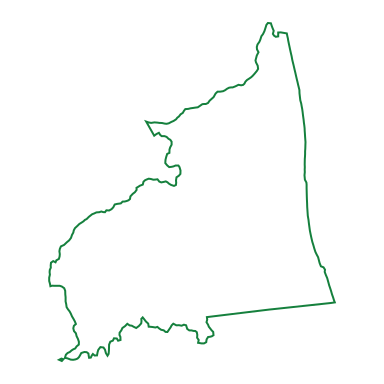 outline of Canavieiras, Bahia, Brazil
{"feature_id": "56859067B52664621948498", "entity_name": "Canavieiras", "entity_type": "district", "adm_level": 2, "iso_a3": "BRA", "parent_name": "Brazil", "parent_adm1": "Bahia", "projection": "natural_earth1", "projection_center": [-39.146, -15.611], "detail": "fine", "context": "isolated", "style": "outline", "palette": "green", "viewbox_px": 384, "rotation_deg": 0, "n_neighbors": 0, "source": "geoboundaries", "source_scale": "gbopen_adm2", "svg_char_len": 5009}
<svg xmlns="http://www.w3.org/2000/svg" viewBox="0 0 384 384"><path d="M334.8,302.4L334.0,300.3L333.1,297.4L332.0,294.3L331.1,291.1L330.1,288.0L329.2,285.4L328.5,282.8L327.8,280.3L327.2,278.1L325.9,275.1L324.7,271.9L325.0,269.7L323.5,267.3L320.9,266.3L319.6,263.0L318.1,257.2L316.7,254.6L315.4,251.9L314.3,248.5L313.4,245.3L312.3,241.8L311.3,237.5L310.6,234.2L309.9,230.7L309.2,225.6L308.8,222.6L308.5,219.9L307.8,215.8L307.5,211.3L307.2,206.9L307.1,203.5L306.9,199.1L306.8,196.2L306.7,192.1L306.6,188.2L306.6,184.7L306.4,182.5L304.9,179.7L304.5,175.2L304.8,172.1L304.7,169.5L304.8,167.2L304.7,164.4L304.8,159.0L305.0,156.4L305.1,154.0L305.1,151.4L305.3,148.4L305.4,144.8L305.5,142.0L305.3,139.6L305.1,136.9L304.9,133.5L304.7,130.8L304.6,128.2L304.3,125.5L303.9,122.6L303.6,119.7L303.3,117.5L303.0,115.3L302.6,111.9L302.2,109.0L301.7,106.4L301.2,103.5L300.3,100.3L299.5,93.3L299.4,90.0L298.7,87.1L298.1,84.7L297.5,82.0L296.9,79.6L296.2,76.6L295.3,72.6L294.6,69.7L294.1,67.5L293.5,64.9L292.8,62.1L292.3,60.0L291.6,56.2L290.9,53.2L290.1,49.6L289.5,46.7L288.9,43.9L288.2,40.5L287.9,38.5L287.4,36.4L286.8,33.4L280.8,32.4L278.2,32.5L278.2,36.4L275.8,36.8L274.0,35.6L272.9,33.9L273.7,30.8L272.6,28.2L271.7,25.8L270.9,23.3L267.9,23.0L266.4,24.9L265.8,26.9L264.4,31.2L263.0,34.1L261.4,36.2L260.3,39.7L259.4,41.8L257.5,44.5L256.8,47.0L257.0,49.4L258.5,52.2L256.8,55.5L256.2,57.8L255.5,60.4L256.0,62.4L257.7,65.7L258.1,68.9L256.9,70.9L254.5,73.8L252.7,75.8L251.2,77.2L248.9,78.8L247.0,80.0L245.4,81.7L244.4,83.7L243.1,84.9L241.1,85.3L238.5,84.8L235.5,86.3L232.7,87.4L231.0,87.4L229.1,87.7L227.0,88.8L225.1,90.2L223.1,91.2L219.9,91.7L217.5,91.7L215.6,93.5L213.6,97.1L211.7,98.8L209.6,100.7L208.0,103.0L205.8,104.0L204.0,104.0L202.3,104.2L200.3,105.6L197.8,107.3L195.4,107.6L192.8,108.0L190.6,108.3L188.2,108.9L185.3,109.1L183.9,110.9L182.8,112.9L180.6,114.3L178.9,116.5L177.3,117.7L176.1,119.3L173.5,121.0L171.4,121.9L168.8,123.3L166.6,123.8L164.7,123.6L162.0,123.0L159.4,122.9L157.3,122.6L154.4,122.4L151.1,122.9L148.5,122.4L146.2,121.6L154.2,135.7L156.5,134.0L158.9,132.8L160.2,134.9L161.6,136.1L164.4,136.1L166.6,136.9L168.5,138.8L170.3,139.8L171.6,141.7L171.6,144.7L170.2,147.3L169.5,149.5L169.4,152.9L167.2,153.9L166.2,157.0L165.5,159.8L165.3,163.1L167.2,165.4L169.2,167.1L171.7,166.8L173.5,166.4L175.6,165.5L178.4,165.5L179.5,167.1L180.5,170.5L180.4,173.9L178.9,175.7L176.5,177.3L176.0,180.5L176.2,182.8L175.9,185.0L174.0,185.9L171.0,184.9L168.9,183.6L167.5,182.3L165.8,181.4L163.8,181.9L161.3,182.4L159.3,181.6L157.5,179.3L155.1,179.6L153.3,179.7L150.9,179.0L148.7,178.7L146.9,179.4L145.1,180.2L143.5,181.7L142.8,184.6L139.9,185.7L138.4,186.7L136.5,187.8L136.6,189.9L134.9,192.2L132.7,193.9L130.4,196.4L130.0,199.0L128.5,200.3L126.7,201.0L124.8,201.5L122.6,201.6L120.8,203.4L117.1,203.9L114.7,204.5L113.3,207.3L111.5,209.2L109.1,210.5L106.4,210.3L105.0,212.2L103.2,212.1L101.3,211.5L99.3,212.2L96.4,212.4L94.1,213.5L92.2,214.2L88.9,216.8L86.6,219.1L84.9,219.9L83.5,221.3L81.7,222.5L79.3,224.0L77.5,225.8L75.0,228.1L73.8,230.3L73.3,232.6L72.0,234.9L71.0,237.9L69.1,240.4L66.8,242.3L64.1,244.9L60.9,246.4L59.8,249.0L59.4,251.3L59.8,254.1L59.6,256.4L58.9,258.9L56.4,260.3L55.5,262.3L53.2,261.1L51.0,262.7L50.7,265.4L50.8,267.7L49.8,269.9L49.6,272.1L49.9,274.7L49.2,277.6L49.2,281.0L50.0,283.9L50.4,286.2L52.1,285.7L54.3,285.8L57.0,285.8L59.7,285.8L61.8,286.5L64.2,288.2L65.2,290.8L65.3,294.4L65.6,297.2L65.6,301.5L66.2,304.1L66.6,307.1L67.9,309.2L69.6,311.4L70.8,313.6L72.0,316.4L73.5,318.9L74.8,321.3L75.9,324.0L73.9,325.8L73.3,328.3L74.0,331.1L75.9,333.3L76.6,336.2L77.9,338.8L78.9,341.8L78.8,344.6L76.6,346.4L75.2,348.5L73.3,349.3L71.6,350.4L69.8,352.0L67.6,353.0L65.9,354.7L64.9,357.9L67.3,358.3L70.7,359.6L73.1,359.8L75.5,359.4L77.5,358.6L79.0,357.1L80.0,355.4L81.3,353.0L84.4,352.0L86.7,352.2L88.4,353.5L88.7,355.7L89.1,357.8L90.8,357.6L91.8,355.5L92.9,354.0L94.6,355.5L97.0,355.4L97.6,352.1L98.3,349.8L100.4,347.1L103.5,347.5L105.0,349.7L105.9,353.1L107.5,355.7L108.6,353.9L108.9,350.8L109.0,347.9L109.1,344.6L110.3,341.7L112.9,340.6L114.0,338.3L116.8,338.5L118.1,340.7L120.5,340.0L120.4,336.9L119.5,335.0L119.6,332.7L121.3,330.4L122.4,328.0L125.1,326.1L127.3,323.8L129.6,325.4L131.8,325.7L133.7,326.8L136.2,328.0L138.9,326.0L141.2,323.4L141.5,321.1L141.3,318.9L142.7,317.4L144.0,319.0L145.9,321.5L148.2,323.6L148.7,326.7L150.7,326.8L153.1,327.1L155.4,327.5L157.4,326.9L159.1,328.4L161.2,329.8L163.7,330.3L165.5,331.9L167.4,332.0L169.1,329.5L170.7,327.2L171.6,325.4L173.3,323.7L176.3,325.3L179.0,325.2L181.7,325.7L183.9,324.7L186.1,325.3L187.2,328.9L189.3,330.4L191.5,330.4L193.4,330.9L195.3,331.0L196.8,332.2L197.3,334.9L197.1,337.7L198.7,340.0L198.1,342.8L201.6,343.4L204.0,343.4L206.2,342.2L206.6,339.4L208.1,337.0L209.9,336.8L211.8,336.3L213.5,335.2L213.2,331.9L211.6,330.3L210.3,328.6L208.8,326.7L208.1,324.8L206.5,322.2L207.2,319.7L206.9,317.1L269.7,309.5L271.8,309.3L330.8,303.0L334.8,302.4ZM63.4,359.2L61.4,358.6L59.1,359.8L61.8,361.0L63.4,359.2Z" fill="none" stroke="#15803d" stroke-width="2"/></svg>